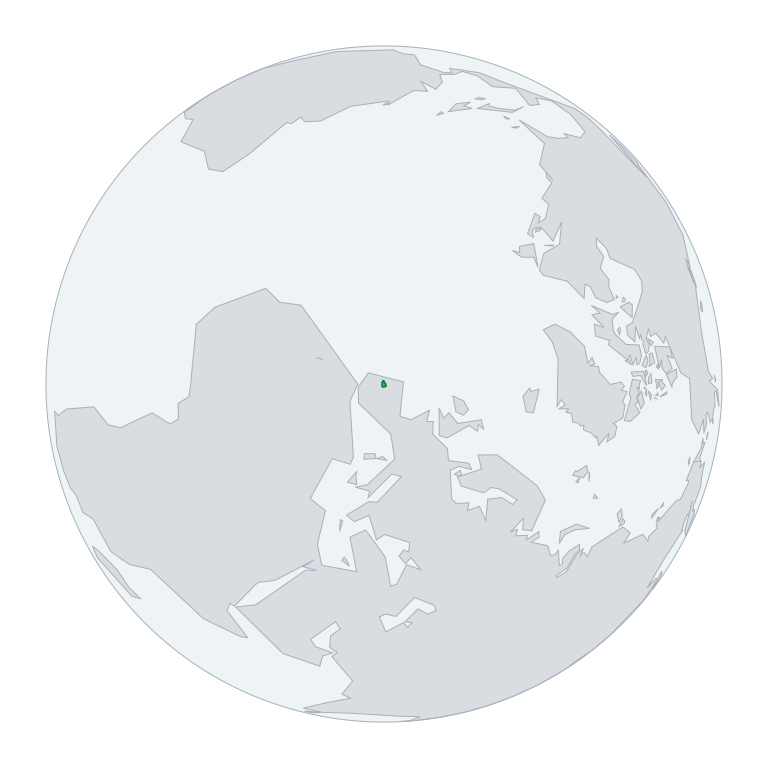 globe centered on Castelo Branco, rotated 107°
{"feature_id": "PRT-751", "entity_name": "Castelo Branco", "entity_type": "District", "adm_level": 1, "iso_a3": "PRT", "parent_name": "Portugal", "parent_adm1": "", "projection": "orthographic", "projection_center": [-7.603, 39.986], "detail": "fine", "context": "on_globe", "style": "filled", "palette": "green", "viewbox_px": 768, "rotation_deg": 107, "n_neighbors": 0, "source": "natural_earth", "source_scale": "10m", "svg_char_len": 11011}
<svg xmlns="http://www.w3.org/2000/svg" viewBox="0 0 768 768"><g transform="rotate(107 384 384)"><circle cx="384" cy="384" r="338" fill="#eef3f6" stroke="#a8b0b8"/><path d="M117.6,591.9L101.7,565.7L94.5,552.6L80.0,526.8L61.6,472.5L62.7,462.4L60.3,451.1L68.1,442.4L68.7,418.0L66.6,410.2L62.9,413.4L58.4,383.6L60.3,361.6L64.9,281.6L69.4,267.7L75.8,254.4L109.6,193.1L80.0,241.1L87.0,226.0L98.6,205.9L99.5,205.8L117.3,181.5L128.0,167.1L154.0,141.8L183.4,125.1L175.5,131.9L183.5,127.9L193.9,119.5L198.8,115.0L240.5,96.0L277.2,77.4L282.4,71.5L286.3,73.6L291.9,63.3L307.7,57.0L293.7,64.5L295.3,65.7L308.0,61.0L312.3,61.4L321.0,59.7L325.1,60.9L316.6,66.1L319.0,67.2L327.9,64.0L337.5,63.7L324.2,68.2L339.7,68.5L328.3,79.2L289.3,93.4L286.8,103.1L256.5,128.7L263.1,128.4L255.8,139.0L260.6,142.9L253.6,147.3L263.5,146.7L268.9,142.0L275.1,140.4L278.5,142.5L270.1,148.2L267.2,148.0L266.5,150.8L261.0,152.9L265.6,153.1L255.1,160.3L270.3,156.5L266.1,165.1L257.8,169.1L252.4,164.2L219.9,164.0L209.9,167.9L201.2,177.6L197.8,204.3L189.3,211.1L182.3,223.5L189.8,221.4L197.9,211.1L210.1,211.0L218.6,199.3L224.8,197.9L236.0,188.4L240.9,194.9L239.6,206.8L230.6,215.3L229.8,221.0L243.8,217.6L232.1,238.9L233.5,263.1L229.7,268.6L212.7,269.6L199.1,257.0L177.1,261.5L198.0,264.2L188.3,279.1L189.5,284.3L193.9,287.1L200.2,283.9L198.3,290.6L176.8,289.6L178.2,283.5L185.0,283.6L178.5,278.1L164.0,279.0L160.3,287.3L142.4,282.3L139.4,288.4L133.9,291.2L139.8,281.6L128.9,299.3L107.2,300.8L92.0,331.9L99.7,300.0L98.1,289.4L94.7,280.1L91.9,284.9L91.1,268.0L83.9,265.7L71.7,284.2L64.3,306.5L66.1,322.4L71.1,317.1L75.0,325.9L62.7,344.6L68.0,367.2L62.0,384.9L62.2,400.5L67.2,407.0L71.6,421.2L78.1,416.5L87.0,420.7L83.8,436.9L91.4,428.0L94.6,441.4L114.4,460.4L112.1,462.6L128.3,497.2L151.1,521.6L156.4,536.5L153.1,541.6L162.2,548.9L162.4,553.5L203.3,580.1L228.0,600.2L229.8,614.7L214.1,623.7L211.7,649.0L186.8,643.8L188.4,651.4L182.7,654.3L166.6,642.3L179.5,653.0L178.7,652.4L156.7,634.0L136.2,613.8L117.6,591.9ZM86.7,340.7L93.2,375.2L85.0,365.4L87.4,365.0L86.7,354.0L83.9,338.9L78.0,331.5L86.7,340.7ZM99.6,333.9L98.1,329.2L100.2,332.6L99.6,333.9ZM200.3,113.2L193.7,119.4L182.6,127.2L187.7,121.9L200.3,113.2ZM222.0,100.3L220.1,102.8L211.4,105.8L215.2,103.4L222.0,100.3ZM285.2,67.7L278.9,70.6L283.5,67.8L285.2,67.7ZM321.5,59.3L321.9,58.5L326.2,58.0L321.5,59.3ZM232.6,185.6L234.2,187.0L231.3,188.0L232.6,185.6ZM235.8,180.3L231.2,180.5L232.1,178.1L234.9,178.0L235.8,180.3ZM336.4,59.6L343.2,59.4L334.8,60.4L336.4,59.6ZM241.3,180.7L234.3,173.8L235.9,169.6L248.0,166.1L241.3,180.7ZM346.2,60.0L362.8,60.4L365.1,58.3L368.0,65.1L352.9,62.0L342.2,63.3L347.5,61.4L346.2,60.0ZM269.2,139.7L263.6,144.8L265.2,138.7L269.2,139.7ZM268.8,136.3L265.0,121.5L275.0,115.6L274.2,121.5L284.7,112.9L291.5,117.1L287.3,122.9L279.4,125.7L288.0,125.3L268.8,136.3ZM366.9,69.1L369.6,70.3L365.1,70.1L366.9,69.1ZM277.7,139.3L276.0,136.6L284.6,131.2L289.5,135.7L285.2,135.9L277.7,139.3ZM284.2,108.8L291.4,105.9L298.9,108.4L302.7,107.8L292.5,116.8L284.2,108.8ZM284.9,138.2L291.8,138.2L290.8,142.7L279.9,141.6L284.9,138.2ZM284.8,128.0L289.1,125.8L288.3,128.4L284.8,128.0ZM291.1,160.0L288.9,156.3L293.2,153.1L291.1,160.0ZM294.4,137.9L294.7,136.3L296.1,134.8L300.3,135.8L294.4,137.9ZM298.5,118.2L300.1,120.1L303.1,114.6L308.8,116.7L300.9,122.5L306.7,120.9L308.5,121.6L300.1,125.7L298.5,118.2ZM308.9,132.3L300.9,141.1L304.0,148.3L300.3,151.2L296.0,139.2L308.9,132.3ZM304.5,128.0L306.4,131.2L300.8,133.0L296.0,131.8L304.5,128.0ZM315.5,116.3L308.7,111.5L310.7,110.4L315.5,116.3ZM310.9,133.9L312.8,131.8L311.8,134.2L310.9,133.9ZM315.3,121.2L312.7,119.5L315.0,118.3L315.3,121.2ZM318.8,129.2L316.2,131.9L312.9,131.1L318.8,129.2ZM318.1,125.2L321.9,124.1L313.3,129.2L316.5,124.6L318.1,125.2ZM317.9,120.3L318.4,119.1L318.7,121.2L317.9,120.3ZM332.8,131.1L322.8,137.8L315.5,135.8L326.2,129.5L332.8,131.1ZM577.3,106.8L574.8,105.1L589.4,115.9L581.7,110.6L596.8,122.3L599.6,124.0L589.6,115.8L589.9,116.0L609.4,132.3L627.7,149.9L644.6,168.9L660.0,189.0L673.9,210.3L686.1,232.6L696.6,255.7L701.9,269.8L698.1,260.4L691.7,252.4L697.4,273.0L708.8,320.6L716.1,346.9L717.5,366.3L705.0,344.8L694.2,324.0L692.9,333.7L677.3,327.0L659.9,354.2L654.5,350.3L651.8,358.8L640.4,361.5L631.0,354.3L625.5,361.0L649.7,379.6L655.3,372.4L656.0,354.3L662.0,363.1L672.6,362.9L671.3,401.9L640.6,460.5L632.8,442.2L584.4,404.1L583.2,396.5L582.8,395.8L581.9,394.6L582.4,407.9L572.5,399.3L603.5,430.7L610.8,446.7L640.2,462.1L638.6,467.1L646.6,467.9L666.4,440.3L667.6,447.2L661.2,488.1L629.5,553.2L631.0,574.9L624.1,596.2L598.4,622.5L594.6,634.6L580.4,645.9L575.5,653.1L560.7,665.0L538.3,679.0L506.5,690.9L509.3,686.3L500.6,680.1L490.7,654.7L503.7,636.0L502.9,623.2L479.4,597.3L484.9,577.0L477.4,570.4L462.7,575.3L453.4,566.9L444.0,568.2L381.8,580.9L360.0,568.1L327.1,525.0L336.3,507.6L332.9,486.3L392.0,408.8L410.2,411.6L463.0,391.9L470.7,393.0L470.5,411.7L515.1,421.1L522.3,402.9L556.6,400.9L575.5,390.5L571.5,355.3L540.4,371.7L529.0,358.8L549.1,332.2L575.4,318.6L571.8,313.3L550.1,309.6L551.0,294.8L542.0,307.4L549.5,310.9L544.0,319.3L536.9,316.7L537.5,311.3L528.1,313.0L527.7,339.4L535.2,345.7L513.8,359.9L524.4,372.2L520.4,381.5L501.1,364.4L499.1,355.9L467.5,340.3L467.8,350.2L497.5,366.0L490.5,366.5L491.1,381.4L485.1,370.4L452.6,351.8L429.8,363.0L409.8,402.7L394.6,407.7L377.9,402.3L376.3,366.0L410.3,359.3L410.2,347.6L395.7,332.7L407.3,332.3L405.6,325.9L417.7,322.8L427.3,304.4L438.4,300.0L435.0,279.8L440.3,275.2L440.8,288.2L447.2,295.5L474.1,285.7L477.1,280.0L472.8,268.0L480.7,267.3L473.0,257.0L484.9,246.7L463.9,251.1L458.2,238.5L461.5,225.8L455.8,222.7L450.5,243.6L451.8,251.4L458.9,256.6L459.1,280.2L451.4,286.5L436.9,265.9L424.4,273.2L418.6,255.0L436.5,207.9L447.7,195.7L481.3,199.9L482.8,208.8L471.6,211.5L488.6,219.7L484.1,213.9L490.7,213.7L486.9,202.7L491.4,202.1L480.0,192.8L485.1,191.0L492.2,196.9L490.9,180.1L499.6,174.2L497.1,170.7L492.0,168.8L506.4,163.2L504.0,161.0L498.3,161.9L489.8,158.3L480.3,150.0L485.7,148.5L489.9,151.3L506.9,155.4L517.2,163.7L518.5,162.3L510.8,154.9L490.1,149.7L482.8,145.2L492.6,146.3L488.5,145.6L486.6,142.9L489.8,139.2L479.1,137.6L450.8,113.7L454.3,105.0L466.1,108.0L452.1,92.5L457.1,85.7L451.9,86.2L441.7,80.4L440.0,82.3L436.7,82.3L409.7,70.2L407.6,66.8L390.0,64.0L387.3,64.5L387.9,66.7L368.0,65.1L365.1,58.3L371.3,57.3L365.3,54.5L380.4,53.1L390.1,51.1L410.1,52.4L416.0,51.4L413.0,50.5L418.7,49.3L441.2,51.2L436.5,53.3L405.5,55.1L419.3,54.2L420.2,55.8L427.7,56.6L437.1,56.4L435.7,55.4L471.4,65.4L502.2,72.8L490.2,66.9L490.6,65.3L515.1,72.7L557.4,94.0L577.3,106.8ZM378.5,449.3L378.5,456.1L378.5,449.3ZM608.1,320.3L620.6,309.9L606.4,295.4L610.1,290.4L603.9,287.6L605.3,294.4L589.0,285.7L591.3,275.0L585.4,267.9L580.9,271.1L579.3,292.4L602.7,304.5L603.5,315.2L608.1,320.3ZM115.2,460.8L117.2,466.2L113.7,463.3L115.2,460.8ZM81.6,370.4L84.1,375.1L84.6,379.9L82.3,377.4L81.6,370.4ZM107.9,406.3L111.8,412.3L106.8,408.8L107.9,406.3ZM94.7,380.2L104.7,402.0L95.0,397.1L89.1,383.5L94.5,388.9L94.7,380.2ZM93.8,341.2L94.8,345.2L92.9,347.3L93.8,341.2ZM101.1,336.4L100.4,335.6L100.8,331.9L101.1,336.4ZM189.6,279.1L191.2,279.4L194.6,283.5L191.0,283.8L189.6,279.1ZM222.5,289.6L218.7,300.2L218.8,292.6L212.9,294.7L205.9,281.9L227.5,270.7L219.0,277.8L222.5,289.6ZM202.6,262.7L204.6,271.4L201.5,262.4L202.6,262.7ZM384.1,295.7L390.6,298.9L389.6,307.0L375.3,314.6L376.8,302.8L384.1,295.7ZM400.1,301.8L389.7,280.5L398.1,275.6L395.2,281.8L401.8,280.7L398.8,290.6L417.0,307.7L417.3,316.1L390.9,324.2L399.4,316.6L392.5,313.6L400.1,301.8ZM348.2,241.5L343.8,234.1L367.8,232.7L369.1,239.9L355.1,247.4L345.2,243.4L348.2,241.5ZM264.1,176.6L260.9,175.2L263.2,173.5L267.9,173.2L264.1,176.6ZM289.7,158.5L280.7,181.3L276.5,180.7L276.2,195.8L265.2,200.2L265.7,190.1L257.0,205.4L253.0,198.1L248.3,208.8L250.7,185.9L246.9,180.6L255.4,184.7L265.7,180.5L269.0,177.2L275.4,164.0L272.1,151.4L281.8,146.0L289.5,145.5L291.7,147.7L284.7,150.4L292.8,151.4L284.4,157.1L289.7,158.5ZM374.2,153.9L365.1,154.3L379.9,160.8L371.6,165.1L373.8,165.6L370.2,171.5L369.6,179.8L365.0,180.8L366.8,183.7L364.4,187.9L365.3,192.3L357.3,196.0L357.8,201.8L353.7,200.3L356.6,209.4L350.9,204.4L347.2,209.9L354.8,211.9L309.2,224.8L294.6,235.4L285.5,247.4L276.8,238.1L279.7,221.4L289.2,203.4L304.5,195.1L297.8,192.8L303.1,188.3L306.2,192.0L304.7,183.8L309.9,181.2L318.3,167.5L312.9,158.1L315.8,153.3L320.6,155.7L320.2,149.2L331.2,150.6L333.6,147.3L346.8,145.8L354.6,153.0L356.6,148.8L366.7,148.0L374.2,153.9ZM336.6,130.9L347.8,137.6L348.8,143.5L325.4,143.8L321.8,146.6L306.8,147.8L305.7,139.4L310.1,139.8L314.1,138.2L312.8,141.4L316.9,137.7L323.0,138.2L327.8,135.6L330.1,138.4L336.6,130.9ZM475.7,384.5L480.9,383.8L488.2,380.6L488.7,390.3L475.7,384.5ZM453.3,372.1L457.5,369.8L461.8,381.2L456.3,382.3L453.3,372.1ZM456.2,359.2L457.4,368.8L453.6,364.3L456.2,359.2ZM444.3,285.7L448.4,282.9L450.2,285.4L449.6,290.3L444.3,285.7ZM416.2,176.9L410.9,175.5L411.2,173.7L402.8,166.4L408.3,163.1L415.5,166.2L416.2,176.9ZM568.3,363.7L565.0,372.9L561.2,371.5L563.1,368.6L568.3,363.7ZM526.6,383.6L537.9,383.3L526.6,386.2L526.6,383.6ZM420.8,172.1L416.7,169.4L422.0,169.5L420.8,172.1ZM411.9,160.4L417.5,159.7L408.0,161.9L411.9,160.4ZM660.8,562.8L634.1,607.0L624.2,615.5L626.9,608.3L639.9,584.5L652.9,568.8L660.5,554.3L660.8,562.8ZM716.7,348.2L719.7,357.6L719.9,364.8L716.7,348.2ZM462.0,145.2L467.5,158.5L475.2,167.1L485.2,169.7L473.5,172.2L461.7,159.0L462.0,145.2ZM451.6,117.5L442.8,116.0L444.9,113.5L447.2,113.5L451.6,117.5ZM447.5,118.8L440.0,123.2L434.0,120.4L441.1,117.4L447.5,118.8ZM430.9,146.5L432.1,150.5L427.8,150.2L430.9,146.5ZM497.5,65.7L501.4,67.2L487.1,64.8L481.7,63.7L487.2,62.5L491.6,64.1L496.8,65.6L497.1,65.6L497.5,65.7ZM371.9,69.1L369.8,70.2L369.3,68.8L371.9,69.1ZM436.0,83.5L431.4,83.2L431.0,81.2L436.0,83.5ZM418.6,81.4L422.3,83.9L416.1,81.9L418.6,81.4ZM430.9,89.6L422.7,85.2L433.8,88.6L430.9,89.6Z" fill="#d9dde1" stroke="#a8b0b8" stroke-width="1"/><path d="M387.0,382.4L386.9,382.4L386.7,382.5L386.6,382.8L386.6,383.1L386.8,383.2L386.9,383.3L387.0,383.4L387.1,383.5L387.3,383.8L387.2,384.0L387.1,384.3L387.1,384.5L386.9,384.9L386.8,385.0L386.7,385.1L386.8,385.2L386.7,385.3L386.7,385.5L385.9,385.8L385.7,385.8L385.4,385.8L385.2,385.8L384.2,385.8L383.9,385.9L383.8,386.0L383.7,386.0L383.4,386.2L383.3,386.3L383.2,386.4L383.2,386.5L383.0,386.4L382.9,386.2L382.7,386.0L382.6,385.9L382.4,385.9L382.4,385.7L382.2,385.5L382.1,385.4L382.0,385.5L381.9,385.8L381.9,386.0L381.7,386.2L381.2,386.0L381.2,385.9L381.1,385.7L381.2,385.4L381.0,385.2L380.9,385.1L381.0,384.9L381.3,384.8L381.3,384.7L381.5,384.6L381.6,384.4L381.8,384.2L382.0,384.1L382.3,384.0L382.4,383.9L382.5,383.9L382.6,383.7L382.8,383.6L383.0,383.6L383.1,383.4L383.2,383.5L383.3,383.5L383.3,383.4L383.4,383.2L383.2,383.0L383.1,382.9L383.2,382.5L383.3,382.5L383.6,382.3L383.8,382.2L384.0,382.0L384.3,382.0L384.3,381.9L384.4,381.7L384.7,381.5L384.8,381.6L385.0,381.7L385.3,381.5L385.5,381.5L385.5,381.8L385.4,382.0L385.3,382.3L385.5,382.3L385.8,382.3L386.0,382.3L386.1,382.2L386.3,382.1L386.5,382.2L386.8,382.3L387.0,382.4L387.0,382.4Z" fill="#22c55e" stroke="#15803d" stroke-width="1.5"/></g></svg>